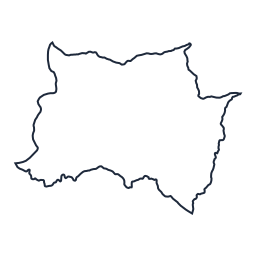 the district of Dechhenling, Samdrup Jongkhar, Bhutan
{"feature_id": "84629894B76488101752434", "entity_name": "Dechhenling", "entity_type": "district", "adm_level": 2, "iso_a3": "BTN", "parent_name": "Bhutan", "parent_adm1": "Samdrup Jongkhar", "projection": "natural_earth1", "projection_center": [91.243, 26.904], "detail": "fine", "context": "isolated", "style": "outline", "palette": "slate", "viewbox_px": 256, "rotation_deg": 0, "n_neighbors": 0, "source": "geoboundaries", "source_scale": "gbopen_adm2", "svg_char_len": 5751}
<svg xmlns="http://www.w3.org/2000/svg" viewBox="0 0 256 256"><path d="M15.4,163.3L17.5,167.1L17.9,167.4L19.6,168.6L22.5,169.7L25.2,171.2L25.9,171.4L26.5,171.4L27.1,171.1L27.7,170.3L28.6,169.7L29.4,169.7L29.7,170.1L29.3,172.6L29.3,173.1L29.4,173.6L30.8,175.2L31.1,176.0L31.4,178.5L31.7,178.8L32.6,179.2L33.8,179.2L34.3,179.0L34.7,178.6L35.1,178.4L35.6,178.6L36.3,179.4L38.6,180.6L39.1,180.6L39.5,180.3L40.9,179.9L43.4,180.1L43.8,180.5L44.0,181.0L44.1,182.6L44.5,183.6L44.8,185.8L45.1,186.2L46.1,186.5L46.6,186.5L49.2,185.9L50.7,185.8L51.7,185.5L52.1,185.2L52.5,184.9L53.7,183.1L54.1,182.7L54.6,182.5L55.6,182.4L56.0,182.1L56.7,180.7L57.4,179.9L58.5,179.9L58.9,180.2L60.0,181.3L60.4,181.4L60.9,181.0L61.1,180.5L61.4,176.1L62.2,175.0L63.0,174.6L63.6,174.6L64.0,174.8L64.4,175.3L64.9,177.4L65.6,178.1L66.1,178.0L68.0,176.6L68.9,176.5L69.7,176.8L70.6,176.9L71.7,177.3L72.0,177.6L73.1,179.1L73.5,180.1L74.2,180.5L75.0,180.7L75.9,179.9L76.0,179.1L76.4,177.7L76.8,177.1L78.1,176.3L80.6,173.8L82.8,172.0L84.4,171.2L86.9,170.9L88.3,170.5L89.4,170.5L90.8,169.8L93.4,169.1L95.7,168.9L96.3,168.7L97.0,168.2L98.7,166.9L100.1,166.3L100.9,166.3L101.5,166.4L103.8,168.3L106.1,168.7L106.8,169.0L108.1,169.8L110.5,170.5L111.9,171.1L112.8,171.6L114.9,174.0L115.4,174.2L117.4,174.1L118.4,174.4L120.4,176.1L121.7,176.9L123.2,178.4L124.0,179.8L124.3,180.8L124.4,182.5L124.3,184.1L124.4,184.6L125.7,186.3L126.4,187.1L126.8,187.4L128.3,188.0L128.8,187.9L129.2,187.8L129.6,187.4L130.1,187.3L131.6,187.3L131.8,186.8L131.7,184.1L131.8,182.4L132.0,181.9L132.4,181.6L133.9,181.4L136.6,180.2L138.0,179.9L140.0,178.7L141.2,178.5L142.2,178.8L143.1,178.4L143.5,177.4L144.6,176.1L145.3,175.9L146.8,176.2L148.6,177.3L148.8,178.6L149.4,178.9L150.0,178.9L151.3,178.6L153.8,179.5L154.1,179.8L154.6,179.9L155.1,179.7L155.8,179.4L156.4,179.7L156.7,180.7L156.6,181.5L156.6,183.0L157.8,185.9L158.1,188.3L158.9,189.7L161.3,192.0L162.6,194.1L164.7,196.0L165.4,196.4L167.2,196.6L168.3,196.6L170.5,196.0L171.2,196.5L173.0,198.7L177.6,202.3L178.2,203.2L180.7,205.7L185.7,209.5L188.0,211.0L192.1,213.5L193.0,210.3L193.3,209.0L192.8,205.2L192.8,204.1L193.2,203.3L193.1,202.7L192.8,201.4L192.9,201.0L194.2,199.4L194.9,199.0L195.4,199.0L195.8,198.8L196.4,198.1L196.8,197.3L196.8,196.5L196.6,195.4L196.8,194.9L197.4,194.3L198.0,193.9L200.0,194.3L200.8,193.8L201.4,193.6L203.8,193.0L204.5,192.5L204.7,191.0L204.4,189.4L204.7,188.8L206.1,187.7L208.4,185.0L209.8,184.3L210.4,183.6L211.0,182.1L211.4,180.4L211.5,178.2L211.1,177.3L211.1,175.7L211.3,173.3L212.0,171.4L212.9,169.8L213.5,168.1L214.1,165.4L214.3,164.8L214.3,164.2L213.7,162.7L213.7,161.8L213.8,161.1L214.2,160.4L214.4,159.3L215.5,158.2L215.8,157.6L215.8,157.0L214.9,154.5L214.9,153.5L215.2,153.0L215.7,152.9L216.2,152.9L217.1,153.3L217.6,152.7L217.8,151.5L218.5,150.6L218.8,150.0L218.9,149.5L218.8,149.0L218.5,148.4L218.5,146.8L218.6,146.3L219.0,144.9L218.7,143.7L218.9,142.8L219.3,140.9L219.7,140.3L220.2,140.2L222.7,140.1L223.2,139.9L223.8,139.2L224.5,137.1L224.7,136.6L224.7,135.5L224.1,134.0L223.5,130.6L223.8,129.3L223.8,128.2L223.6,127.6L223.3,127.1L222.9,126.8L222.2,125.7L221.2,124.7L220.8,124.0L220.8,123.3L221.8,121.3L222.4,119.6L222.4,118.3L222.2,117.0L223.5,115.1L224.3,113.6L224.7,112.5L225.1,110.5L225.0,109.7L225.1,108.4L225.4,107.7L226.5,106.9L226.7,106.4L228.1,102.6L228.6,101.8L229.5,100.9L230.2,100.3L231.4,99.6L231.8,99.3L232.0,98.2L232.2,97.7L232.6,97.1L232.9,96.8L233.9,96.7L236.0,95.8L237.0,95.5L237.8,94.9L238.9,94.4L240.2,94.2L240.6,93.5L239.2,93.6L237.1,93.0L235.8,92.9L231.5,93.1L229.9,93.3L228.5,94.4L225.2,95.8L224.2,96.1L223.3,96.1L221.5,97.1L219.8,97.7L216.4,97.6L211.3,96.4L209.9,96.9L208.0,96.8L206.3,97.3L204.1,98.5L203.1,98.8L200.9,98.1L199.2,96.8L198.3,95.9L198.5,94.8L199.0,94.2L199.1,93.7L199.0,91.1L198.1,89.0L197.2,87.5L197.0,84.8L196.9,84.3L196.4,83.5L195.7,80.7L196.7,78.8L196.6,78.1L196.7,77.6L196.4,76.0L193.8,74.3L189.8,70.5L188.6,69.7L188.4,69.0L188.3,67.9L187.3,65.7L187.0,63.7L187.7,61.4L187.5,60.8L187.3,58.2L186.5,56.3L184.7,53.3L184.4,51.6L185.2,50.0L187.0,48.9L189.1,47.3L190.7,45.2L190.8,44.6L190.5,44.0L190.1,43.6L189.3,43.4L188.7,44.2L188.3,44.4L186.5,45.0L185.3,45.7L184.2,46.1L182.6,46.4L178.7,48.1L176.7,48.5L175.1,48.5L174.7,48.7L174.3,49.3L173.6,50.0L171.6,50.6L171.0,51.0L168.7,51.1L167.4,51.6L165.0,52.0L163.7,52.6L162.5,53.7L161.2,54.2L160.2,54.4L158.6,54.1L156.1,53.3L154.0,53.5L153.1,53.8L151.0,54.0L149.6,53.8L148.7,53.5L146.7,53.3L141.5,54.9L138.5,55.4L136.8,55.8L134.3,58.0L132.7,59.1L130.6,61.0L129.8,61.0L128.6,60.8L127.6,60.9L126.8,61.5L125.6,62.8L125.0,63.6L124.4,64.2L123.6,64.4L122.0,64.6L121.5,64.5L120.3,63.6L119.4,63.1L116.2,62.6L112.9,61.4L110.2,59.8L109.7,59.6L108.6,59.4L107.3,58.9L106.7,58.8L105.4,58.0L104.5,57.5L102.4,57.5L101.9,57.3L99.6,56.8L98.4,56.0L97.3,54.6L96.7,53.4L96.3,52.9L95.9,52.4L95.4,52.3L94.7,52.2L93.7,52.5L92.6,52.5L90.4,51.7L88.8,51.8L85.9,53.6L85.3,53.3L82.1,53.1L79.0,54.0L78.1,54.4L76.8,54.3L75.8,54.5L73.4,54.6L72.8,54.7L70.6,54.8L69.1,55.4L66.0,54.9L64.8,54.3L62.5,52.0L60.8,50.4L58.2,48.8L55.9,47.1L55.4,46.8L54.3,46.1L53.5,44.8L52.4,42.5L51.1,43.5L50.0,44.9L49.5,46.5L48.5,49.2L48.1,51.3L47.9,54.9L47.9,59.9L48.7,64.7L49.4,68.2L51.3,71.0L53.7,72.1L54.6,73.7L55.2,75.7L56.1,78.0L56.5,80.8L56.2,81.8L55.8,83.2L55.8,84.5L56.2,87.0L56.4,89.0L56.0,91.7L54.7,92.8L53.2,93.2L50.4,93.2L48.0,93.6L43.8,94.9L39.9,97.5L38.8,99.1L37.7,101.3L38.4,104.1L40.1,106.7L40.5,107.1L40.9,108.4L41.0,109.2L40.9,110.2L40.4,111.9L38.9,113.8L37.8,115.4L36.9,117.3L35.2,119.8L33.6,124.8L33.6,126.0L34.0,127.3L34.1,129.3L34.1,130.7L33.2,133.0L32.9,134.3L32.7,135.6L32.8,137.0L33.1,139.4L36.1,145.4L37.6,147.3L37.8,147.9L37.7,148.7L37.5,149.4L37.0,150.4L29.8,157.8L25.9,160.8L22.9,162.0L19.1,162.9L15.4,163.3Z" fill="none" stroke="#1e293b" stroke-width="2"/></svg>